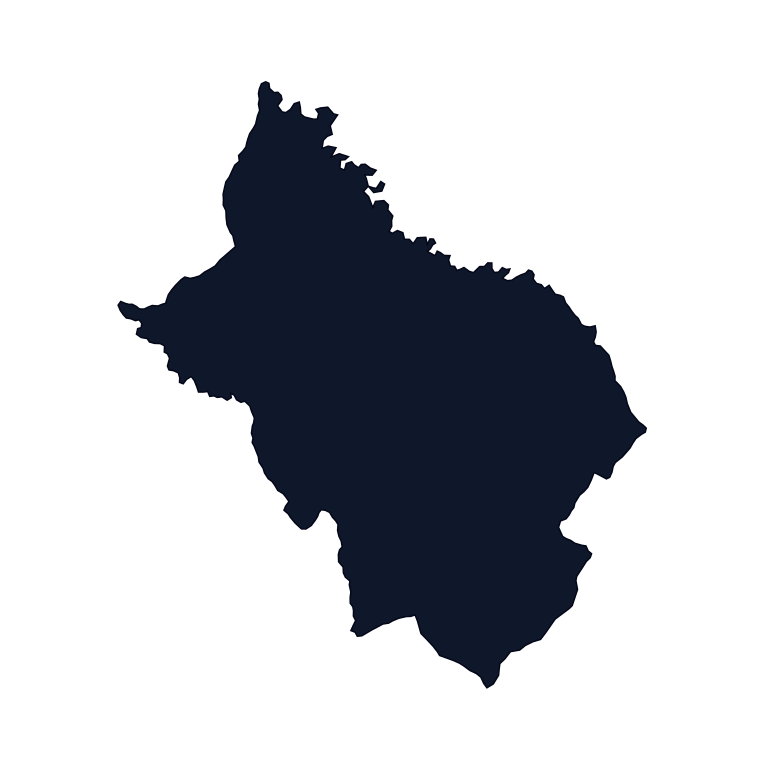 the district of Capão do Cipó, Rio Grande do Sul, Brazil, rotated 354°
{"feature_id": "56859067B15295514409540", "entity_name": "Capão do Cipó", "entity_type": "district", "adm_level": 2, "iso_a3": "BRA", "parent_name": "Brazil", "parent_adm1": "Rio Grande do Sul", "projection": "albers", "projection_center": [-54.601, -28.949], "detail": "fine", "context": "isolated", "style": "filled", "palette": "ink", "viewbox_px": 768, "rotation_deg": 354, "n_neighbors": 0, "source": "geoboundaries", "source_scale": "gbopen_adm2", "svg_char_len": 4979}
<svg xmlns="http://www.w3.org/2000/svg" viewBox="0 0 768 768"><g transform="rotate(354 384 384)"><path d="M127.8,277.8L129.4,283.2L131.9,287.8L134.6,291.4L139.2,292.7L143.3,295.0L147.2,294.6L149.4,298.4L148.4,302.6L144.8,303.2L143.0,308.6L147.4,312.4L153.3,314.1L155.1,317.7L159.9,319.6L165.6,320.4L169.7,323.1L168.8,329.3L171.8,331.3L173.4,336.0L170.5,343.5L171.6,347.5L176.2,348.8L180.6,351.4L181.5,356.4L180.8,361.0L184.3,362.8L188.2,358.7L193.1,356.4L195.7,360.8L197.5,367.1L198.7,372.6L203.5,373.1L207.9,373.1L209.4,378.1L213.6,378.0L216.8,379.9L221.4,379.8L226.3,383.7L230.7,381.6L230.5,377.3L233.8,379.4L235.7,384.3L239.7,387.2L243.8,386.6L248.3,392.0L249.5,397.7L251.5,404.2L250.4,408.8L248.7,412.0L247.0,419.2L248.1,424.1L246.8,428.4L248.5,432.6L249.9,437.7L251.4,443.0L251.6,448.7L254.9,455.0L255.9,460.0L259.0,466.1L262.6,469.4L264.9,473.5L267.2,478.7L272.2,482.5L274.5,486.0L277.2,490.9L273.3,495.3L271.3,499.1L275.2,503.2L277.0,506.9L281.1,513.0L286.8,519.5L291.2,520.0L296.8,517.2L301.1,512.6L304.1,508.8L305.9,505.0L308.5,502.5L312.5,503.5L316.5,506.0L318.8,511.1L321.6,514.9L323.6,518.9L322.5,524.8L323.2,530.6L325.0,535.7L325.4,541.6L322.4,544.4L320.8,548.7L320.3,556.1L324.2,561.8L323.9,567.7L325.4,572.1L329.5,576.3L328.5,580.3L329.3,587.4L328.0,592.9L327.5,598.6L329.7,602.2L330.0,606.3L329.3,611.6L331.1,616.3L328.4,620.5L325.3,625.8L329.3,627.8L331.1,632.1L335.6,632.1L346.4,627.2L357.8,622.6L363.6,622.3L367.9,620.4L374.2,618.5L381.9,617.6L386.3,617.9L390.8,616.9L392.5,623.2L394.7,636.0L399.7,642.3L405.4,649.9L409.2,656.0L410.9,659.8L414.5,661.5L424.1,666.2L429.8,669.5L433.5,672.4L439.5,677.9L445.7,681.7L449.7,685.7L451.9,692.2L454.6,696.9L461.4,693.7L467.5,685.7L468.8,679.2L470.0,674.2L475.6,669.9L481.8,663.4L491.1,662.8L497.2,658.8L505.1,655.9L513.0,654.4L518.9,648.1L529.6,635.7L544.7,626.7L548.0,624.1L549.8,620.1L555.0,608.6L554.3,599.6L555.6,595.4L563.3,585.9L566.6,581.7L570.9,578.3L572.7,574.5L569.6,571.4L567.9,566.1L563.9,565.1L557.1,562.3L553.2,559.0L549.0,556.8L545.7,554.3L542.6,544.8L545.2,538.7L551.0,537.1L554.5,533.5L557.1,529.6L559.8,526.9L561.4,522.3L566.9,515.1L571.7,511.8L575.9,508.0L580.1,501.1L583.7,494.0L587.5,496.3L595.3,501.6L598.7,500.4L601.5,495.5L603.3,489.9L605.8,486.3L613.4,481.4L622.0,473.4L625.3,468.8L628.8,464.6L634.7,461.0L638.8,459.2L640.2,455.3L637.4,452.0L633.4,448.4L626.4,437.9L625.1,433.3L623.9,429.0L623.1,422.3L621.5,416.9L619.1,411.4L616.4,407.8L614.0,404.8L614.6,400.4L613.6,395.1L612.5,390.3L611.8,385.0L610.7,379.0L606.3,373.1L603.1,368.8L598.3,367.7L596.8,363.9L599.0,359.4L600.4,354.5L600.1,348.2L594.6,348.9L589.6,347.5L586.5,345.5L584.0,338.9L581.0,335.6L578.2,331.0L576.0,326.7L573.1,322.3L571.6,316.2L568.4,314.2L563.6,312.6L561.5,308.8L558.5,303.1L553.6,305.8L550.8,301.7L546.2,299.9L543.3,295.1L544.7,291.1L542.9,287.3L539.6,285.8L536.4,288.6L531.6,289.8L526.7,291.6L522.1,294.1L517.6,294.2L512.9,291.3L516.0,288.6L519.4,286.3L521.2,282.7L517.5,282.9L513.8,280.6L509.7,284.7L505.4,284.6L503.4,280.5L503.9,274.9L499.8,274.4L496.1,277.7L491.5,277.2L484.6,282.6L480.6,280.9L475.7,276.5L471.6,278.0L468.3,278.6L466.6,274.4L462.4,273.6L461.2,267.3L463.1,263.2L457.2,262.4L453.9,259.3L450.8,257.4L448.2,261.7L441.0,256.7L444.3,254.4L446.9,250.8L450.0,249.2L448.3,245.0L444.9,244.5L441.6,249.8L440.9,242.5L432.4,242.0L427.6,247.5L424.4,242.8L419.5,242.2L418.6,235.5L413.4,232.8L408.0,235.0L405.0,232.7L408.2,227.9L408.6,222.2L410.3,217.8L406.0,211.2L407.1,206.4L403.1,201.6L394.6,201.5L391.3,207.4L388.3,196.1L383.7,190.4L389.0,185.6L387.9,177.9L386.7,174.1L394.1,175.1L398.6,170.6L392.9,167.8L388.3,163.5L384.3,163.3L381.3,166.2L377.2,162.9L375.1,159.6L369.5,160.8L367.1,167.1L362.7,164.6L364.2,156.8L368.8,156.8L372.4,154.2L363.6,150.3L355.0,152.8L361.0,144.0L353.3,141.6L347.0,143.3L349.1,135.3L353.3,131.8L358.6,130.3L357.5,121.5L366.0,111.5L362.1,110.1L357.0,102.8L349.8,102.8L345.0,103.8L347.3,108.0L345.4,113.5L341.8,113.3L338.0,112.0L332.8,110.1L329.5,106.7L329.7,100.2L329.2,94.7L324.0,95.8L319.7,101.1L314.8,103.8L311.2,102.8L307.2,96.2L309.7,93.5L312.3,90.5L311.8,86.3L309.0,82.8L305.1,82.7L301.1,78.1L301.0,72.9L297.9,71.1L293.5,72.6L290.9,77.5L289.5,82.1L289.8,87.8L288.4,92.5L288.9,98.9L286.2,104.2L284.9,108.0L283.5,112.1L280.8,116.0L276.6,121.0L274.3,125.9L272.7,129.9L271.4,133.9L267.9,137.7L263.3,141.5L263.4,147.4L258.5,150.7L256.3,154.3L251.7,162.1L247.9,166.4L245.8,172.4L243.8,178.5L243.6,183.7L242.8,189.2L244.9,195.1L244.4,202.1L244.5,209.2L247.1,217.3L249.2,220.6L249.7,225.6L250.7,231.8L237.0,241.4L233.9,243.5L228.4,249.0L221.9,252.0L217.3,253.9L212.0,257.2L206.4,258.3L202.3,258.7L197.0,256.8L193.0,259.1L186.8,264.2L182.7,268.2L178.9,272.6L176.7,277.4L175.3,280.9L171.7,281.5L167.4,282.8L161.7,281.7L158.0,282.7L153.3,284.4L148.7,283.8L145.5,280.7L141.9,278.4L138.5,278.1L135.0,276.7L130.8,274.4L127.8,277.8ZM389.0,185.6L393.8,192.5L402.0,191.9L405.5,185.2L402.0,182.3L396.8,188.6L393.5,187.7L389.0,185.6Z" fill="#0f172a" stroke="#020617" stroke-width="1.5"/></g></svg>